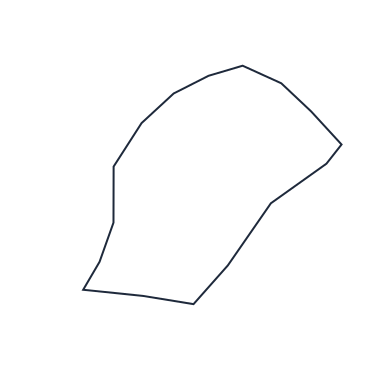 Maratha, Cyprus (orthographic projection), rotated 231°
{"feature_id": "46923920B5435388082406", "entity_name": "Maratha", "entity_type": "district", "adm_level": 2, "iso_a3": "CYP", "parent_name": "Cyprus", "parent_adm1": "", "projection": "orthographic", "projection_center": [33.779, 35.208], "detail": "fine", "context": "isolated", "style": "outline", "palette": "slate", "viewbox_px": 384, "rotation_deg": 231, "n_neighbors": 0, "source": "geoboundaries", "source_scale": "gbopen_adm2", "svg_char_len": 367}
<svg xmlns="http://www.w3.org/2000/svg" viewBox="0 0 384 384"><g transform="rotate(231 192 192)"><path d="M134.8,338.1L179.6,335.3L220.3,329.8L258.3,310.8L271.9,278.0L280.1,239.8L277.3,196.2L261.1,147.1L217.6,111.7L195.9,76.2L184.5,45.9L142.1,88.5L103.9,122.6L112.4,173.7L133.6,246.2L129.4,314.3L134.8,338.1Z" fill="none" stroke="#1e293b" stroke-width="2"/></g></svg>